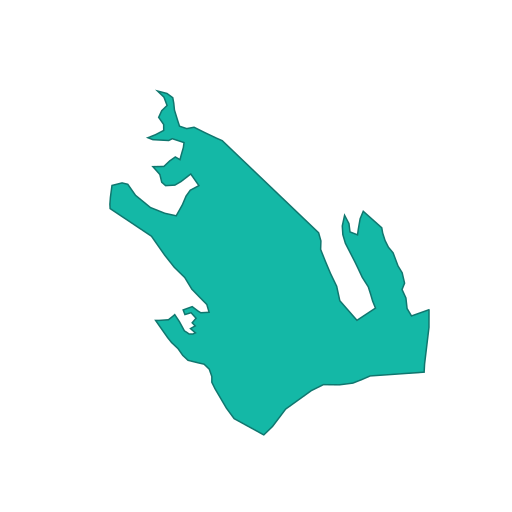 the district of Saha-gu, Busan, South Korea, rotated 145°
{"feature_id": "91817680B15590775835688", "entity_name": "Saha-gu", "entity_type": "district", "adm_level": 2, "iso_a3": "KOR", "parent_name": "South Korea", "parent_adm1": "Busan", "projection": "equal_earth", "projection_center": [128.975, 35.079], "detail": "fine", "context": "isolated", "style": "filled", "palette": "teal", "viewbox_px": 512, "rotation_deg": 145, "n_neighbors": 0, "source": "geoboundaries", "source_scale": "gbopen_adm2", "svg_char_len": 1974}
<svg xmlns="http://www.w3.org/2000/svg" viewBox="0 0 512 512"><g transform="rotate(145 256 256)"><path d="M356.2,254.6L357.7,254.4L364.3,254.0L372.3,258.8L375.2,260.8L375.2,251.7L375.2,239.8L374.8,233.5L373.0,224.9L373.0,216.6L371.5,209.5L364.6,201.6L360.6,197.2L359.2,190.1L361.3,182.6L364.6,177.9L365.7,170.8L367.5,148.3L367.2,135.3L352.3,105.1L352.2,105.0L340.2,106.9L319.5,113.6L287.9,114.0L274.6,112.0L261.5,102.6L249.5,96.3L239.3,93.9L231.3,92.3L217.2,83.8L185.7,64.9L184.9,64.4L184.6,64.8L179.8,70.9L155.2,98.4L145.2,112.6L145.2,112.8L163.0,117.7L162.4,126.3L157.3,135.6L155.6,144.8L149.9,148.5L145.9,158.4L145.4,166.4L141.9,179.9L142.5,187.3L141.4,194.7L139.1,202.1L136.8,207.0L142.5,231.1L149.3,226.8L156.7,219.4L160.7,215.1L165.2,221.8L161.3,229.2L160.1,238.5L168.1,231.1L172.6,223.7L175.5,215.1L178.3,194.7L179.5,187.3L181.2,177.5L181.7,166.4L184.0,159.0L186.3,152.2L188.0,144.8L210.2,145.4L213.0,171.3L207.3,184.9L205.0,199.0L202.2,212.0L199.3,224.3L194.2,231.1L191.4,239.1L217.5,369.8L220.9,375.4L227.2,386.5L232.9,397.0L239.7,400.1L244.2,406.2L242.5,411.8L239.1,422.3L235.7,428.4L233.4,433.4L235.7,440.2L242.0,447.6L240.3,438.9L242.5,430.3L249.9,429.1L256.2,425.4L256.2,416.7L259.6,411.8L268.7,413.0L276.7,414.9L273.8,410.5L261.3,400.7L257.3,400.1L249.9,390.2L253.3,386.5L260.2,380.9L263.0,378.5L265.3,383.4L272.1,383.4L280.1,382.2L289.2,388.3L288.0,377.9L290.9,370.5L289.7,365.5L281.8,360.6L274.9,360.0L262.4,360.6L262.4,346.4L272.1,347.6L278.9,345.2L286.9,340.2L298.3,334.7L306.2,343.3L314.7,356.3L319.9,374.8L319.9,381.6L319.9,388.3L323.8,392.7L333.5,396.4L341.5,387.7L346.0,382.2L348.3,378.5L330.3,332.2L330.3,309.0L329.4,293.6L326.7,279.2L327.6,265.7L325.9,255.1L324.1,244.5L326.7,236.8L333.8,241.2L335.0,244.0L337.3,251.1L346.6,253.6L347.8,248.8L341.7,246.8L340.8,239.4L346.6,237.9L345.9,233.6L351.3,234.1L349.7,227.8L352.5,228.3L355.5,230.4L356.6,233.4L357.6,235.7L356.4,246.3L356.2,254.6Z" fill="#14b8a6" stroke="#0f766e" stroke-width="1.5"/></g></svg>